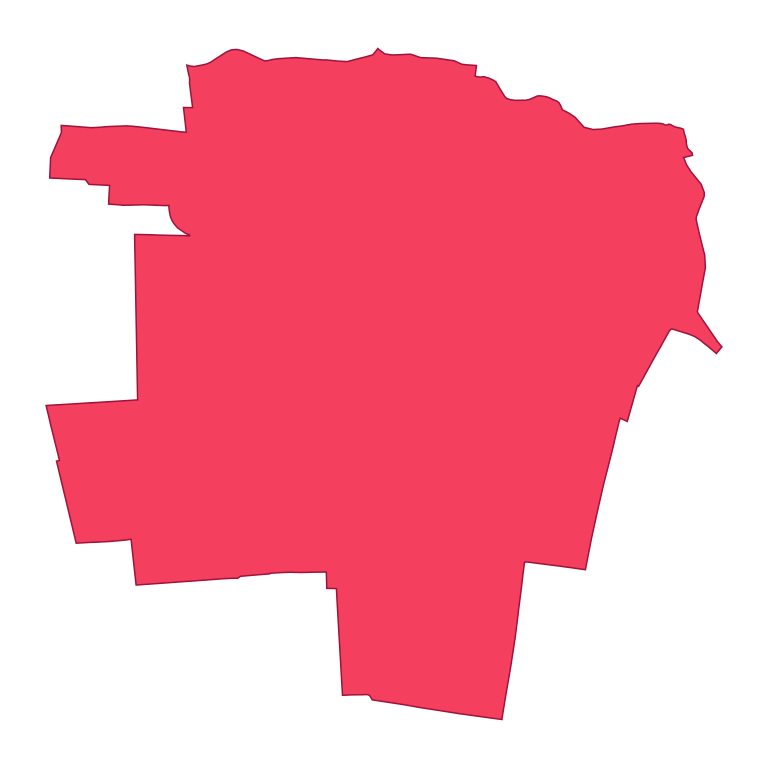 Santandrei, Bihor, Romania (Albers equal-area conic projection)
{"feature_id": "2599482B13806554782288", "entity_name": "Santandrei", "entity_type": "district", "adm_level": 2, "iso_a3": "ROU", "parent_name": "Romania", "parent_adm1": "Bihor", "projection": "albers", "projection_center": [21.841, 47.054], "detail": "fine", "context": "isolated", "style": "filled", "palette": "rose", "viewbox_px": 768, "rotation_deg": 0, "n_neighbors": 0, "source": "geoboundaries", "source_scale": "gbopen_adm2", "svg_char_len": 4560}
<svg xmlns="http://www.w3.org/2000/svg" viewBox="0 0 768 768"><path d="M502.0,719.5L502.0,719.3L502.0,718.8L502.0,718.4L506.3,692.2L508.6,679.2L510.8,666.2L514.8,640.1L514.9,639.7L518.2,613.5L518.2,613.0L519.9,599.6L521.6,586.2L523.0,574.0L524.5,562.5L525.3,561.9L526.8,562.0L528.2,562.1L538.0,563.4L557.8,565.9L561.9,566.4L564.1,566.8L569.2,567.4L576.1,568.4L580.2,569.0L580.7,569.0L585.5,569.7L585.5,569.1L591.6,537.9L597.6,510.5L603.8,483.5L609.3,462.1L612.9,447.8L614.0,443.2L615.0,438.6L619.2,421.3L619.4,420.9L620.2,418.2L627.3,421.4L637.4,385.6L638.6,386.3L639.7,384.3L645.5,373.8L653.1,359.9L657.5,352.1L662.5,343.3L663.7,341.1L666.7,335.7L668.1,333.3L669.0,331.6L669.4,330.9L669.7,330.6L671.2,329.0L671.7,328.9L674.2,329.6L683.2,332.4L687.4,333.7L688.8,334.1L694.8,336.6L698.4,338.9L700.7,340.5L705.0,344.1L706.1,344.9L708.5,346.8L716.4,353.5L717.5,352.1L718.8,350.7L719.4,349.8L721.9,346.9L717.2,341.2L697.9,312.9L697.4,311.7L701.8,287.2L701.9,286.5L705.1,269.2L705.4,268.3L704.7,254.8L704.6,254.5L703.4,250.1L702.8,247.5L701.5,242.4L699.3,233.5L697.5,225.7L696.2,219.7L696.2,219.1L696.1,218.6L696.3,217.2L696.9,215.3L698.9,209.7L704.3,196.1L704.2,192.2L701.1,184.1L691.1,171.9L686.8,165.2L683.6,157.5L692.5,155.3L692.2,154.2L692.1,152.8L690.3,151.1L688.6,149.5L687.6,148.2L687.3,147.7L686.8,145.5L686.3,142.9L686.2,140.1L685.5,137.1L684.9,135.3L684.6,134.5L684.2,133.0L683.8,131.1L683.4,129.3L683.1,129.1L682.1,128.7L680.8,128.2L678.4,127.7L675.3,127.0L672.4,125.6L670.5,124.5L670.0,124.4L668.7,124.2L667.6,124.9L667.1,125.1L665.1,125.0L663.0,123.9L661.4,123.6L660.4,123.4L656.9,123.2L640.4,123.5L637.8,123.7L631.5,124.2L620.3,126.2L616.0,126.6L610.9,127.5L601.7,129.1L593.0,129.5L584.1,127.3L575.0,117.2L568.5,112.9L562.4,109.8L560.7,105.6L559.2,103.0L556.9,101.1L553.1,99.6L550.1,98.1L547.2,97.0L546.3,96.7L543.3,96.2L539.7,95.8L537.2,96.0L534.7,97.2L533.9,97.5L529.6,99.4L525.9,100.2L524.8,100.2L517.9,100.3L516.4,100.3L515.7,100.4L510.6,99.7L510.1,99.6L506.8,98.5L504.7,96.5L504.3,95.8L500.1,89.0L498.5,86.3L495.9,81.8L495.2,81.3L493.4,80.2L489.1,78.2L484.6,76.9L484.3,76.8L483.9,76.6L480.6,77.1L477.5,76.8L475.1,76.1L476.5,65.5L466.4,64.8L466.0,64.7L462.0,64.3L460.2,63.5L454.5,60.9L453.5,60.7L436.7,58.2L420.6,57.6L410.6,54.2L392.4,55.0L384.8,53.9L379.0,49.6L377.8,48.5L376.1,50.8L374.5,52.7L372.7,54.9L363.9,57.3L361.0,58.0L355.1,59.5L347.2,61.6L338.3,61.1L333.9,60.7L326.5,59.9L323.3,60.0L296.0,57.6L279.3,58.6L272.1,59.5L267.9,60.6L264.7,61.0L243.1,50.9L236.5,49.4L231.2,49.9L226.5,51.9L214.2,59.8L210.9,62.1L208.5,63.2L207.3,63.7L206.1,64.1L202.8,64.9L194.4,66.5L192.6,66.3L190.7,66.2L189.1,65.8L186.8,65.1L187.2,67.0L188.7,74.6L189.5,77.2L189.6,80.8L189.5,83.2L192.6,107.6L190.8,107.6L183.5,107.5L185.5,125.3L186.1,130.6L186.2,132.2L181.5,131.9L176.6,131.3L147.9,127.9L147.3,127.8L132.1,126.2L130.8,126.1L126.1,125.9L112.4,126.4L107.2,126.6L100.9,127.2L93.1,127.6L91.6,127.7L66.6,125.8L66.0,125.8L61.2,125.4L61.4,132.6L50.6,157.6L50.2,167.0L49.9,173.4L49.7,178.0L54.1,178.2L56.4,178.3L75.1,179.2L77.4,179.3L79.6,179.4L85.4,179.6L89.0,184.4L91.3,184.5L105.3,185.2L109.6,185.4L109.3,190.6L109.1,193.3L109.0,196.1L108.6,204.1L111.8,204.3L120.6,205.0L123.3,205.3L125.8,205.2L131.4,205.1L134.7,205.0L143.3,204.8L143.9,204.8L150.0,205.0L161.8,205.5L165.0,205.6L168.8,205.5L169.1,209.4L169.7,213.3L170.6,217.3L172.5,221.4L174.5,224.3L176.8,227.0L177.7,228.0L185.2,233.1L186.8,233.9L189.6,234.8L189.6,235.8L180.3,235.5L173.0,235.4L167.8,235.3L162.5,235.2L160.0,235.1L156.1,235.0L152.3,234.8L149.4,234.7L134.6,234.4L137.6,399.9L104.0,402.0L46.1,405.5L49.4,419.3L50.8,425.6L51.1,426.6L59.5,460.5L56.5,461.1L64.5,494.4L76.2,543.2L79.3,543.0L90.2,542.4L95.5,542.2L98.0,542.1L99.9,542.0L102.9,541.8L106.0,541.7L108.7,541.5L109.6,541.5L113.9,541.1L115.7,540.9L117.7,540.8L119.7,540.6L122.1,540.4L123.6,540.2L125.3,540.1L131.0,539.2L131.1,539.6L133.6,562.3L135.5,579.4L136.1,585.0L136.6,585.0L145.1,584.4L157.9,583.5L223.7,578.7L229.7,578.4L235.6,578.2L237.4,578.4L237.8,578.2L240.5,576.3L256.7,574.9L269.5,573.9L269.6,573.4L273.6,573.0L279.5,572.7L290.5,572.2L292.8,572.3L301.2,572.5L305.2,572.4L310.1,572.3L313.1,572.2L326.3,572.0L326.4,576.0L326.5,577.8L326.6,582.5L326.7,586.5L326.7,588.4L328.5,588.4L336.4,588.6L337.2,603.6L342.5,695.3L350.7,694.9L356.1,694.8L360.4,694.8L365.7,694.6L367.7,694.7L368.6,695.0L369.2,695.3L369.8,695.9L370.6,696.9L371.5,698.6L372.1,699.8L374.3,700.2L403.4,704.6L409.3,705.6L419.0,707.4L434.6,709.8L460.6,713.9L462.7,714.1L475.4,715.9L495.2,718.6L502.0,719.5Z" fill="#f43f5e" stroke="#9f1239" stroke-width="1.5"/></svg>